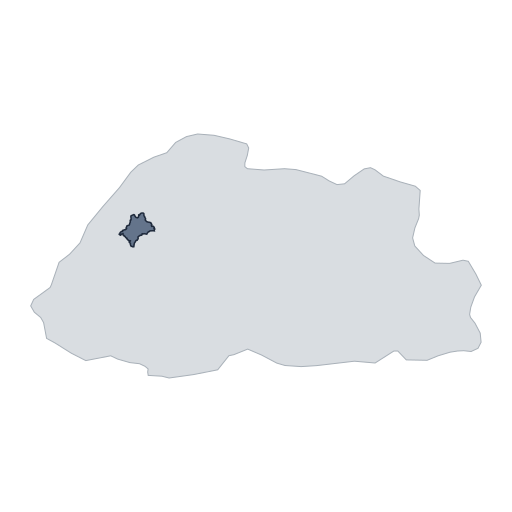 Naro, Thimphu, Bhutan shown in context
{"feature_id": "84629894B37103530921458", "entity_name": "Naro", "entity_type": "district", "adm_level": 2, "iso_a3": "BTN", "parent_name": "Bhutan", "parent_adm1": "Thimphu", "projection": "orthographic", "projection_center": [89.526, 27.679], "detail": "fine", "context": "in_parent", "style": "filled", "palette": "slate", "viewbox_px": 512, "rotation_deg": 0, "n_neighbors": 0, "source": "geoboundaries", "source_scale": "gbopen_adm2", "svg_char_len": 6167}
<svg xmlns="http://www.w3.org/2000/svg" viewBox="0 0 512 512"><path d="M419.3,215.2L418.6,218.7L414.9,227.9L412.6,237.9L414.8,246.0L423.5,255.5L435.1,263.1L449.6,263.4L463.0,260.2L468.3,261.3L475.9,274.1L481.3,285.2L474.5,296.9L470.8,307.1L469.6,314.4L470.5,317.5L475.0,323.2L480.2,333.1L481.1,342.2L478.0,348.3L471.1,351.5L463.7,350.7L457.6,351.0L450.0,352.2L438.1,355.8L427.1,360.3L406.3,359.9L397.8,351.0L393.9,351.0L375.1,363.0L354.4,361.2L316.8,365.6L301.1,366.6L285.0,365.5L276.8,363.1L261.5,355.0L247.7,349.1L233.8,354.7L228.9,355.7L217.7,369.8L193.4,374.6L169.1,378.0L161.9,376.2L148.2,375.4L147.7,372.1L148.1,368.9L145.0,366.3L139.5,363.7L129.9,362.6L117.7,359.1L110.7,355.8L85.8,360.6L71.3,353.2L54.9,342.9L46.6,338.4L43.6,322.6L40.7,317.5L34.3,312.2L30.7,305.9L33.7,299.4L50.1,287.5L51.4,284.7L59.1,262.3L69.6,254.2L80.0,242.9L87.8,224.9L102.9,206.5L119.5,187.6L130.8,172.2L138.3,165.0L153.8,157.2L166.8,152.7L175.7,142.4L186.5,136.6L197.6,134.0L214.1,135.3L229.6,138.9L246.7,143.9L248.7,148.0L247.3,155.4L244.9,162.8L244.8,166.6L247.4,168.7L264.1,170.0L284.5,168.7L296.0,169.6L321.6,176.2L329.1,180.9L337.0,184.6L344.6,183.8L354.1,175.8L364.2,168.9L370.5,167.7L375.0,169.8L383.3,176.1L400.2,181.9L415.3,186.2L420.2,190.5L418.9,209.0L419.3,215.2Z" fill="#d9dde1" stroke="#a8b0b8" stroke-width="1"/><path d="M133.7,246.8L133.7,246.7L133.8,246.5L133.8,246.4L133.9,246.1L134.0,246.0L134.0,245.8L134.0,245.5L133.9,245.3L133.9,245.1L134.0,244.9L134.1,244.6L134.1,244.3L134.2,244.1L134.3,243.9L134.3,243.5L134.5,242.8L134.9,242.5L135.0,242.2L135.4,241.7L135.6,241.3L135.7,241.0L135.8,240.8L136.1,240.5L136.5,240.4L136.8,240.3L137.0,240.3L137.2,240.2L137.1,239.9L137.4,239.6L137.7,239.3L137.9,239.2L138.0,239.0L138.1,238.8L138.1,238.6L138.1,238.3L138.2,238.1L138.0,237.6L138.0,237.4L138.0,237.1L138.0,236.9L138.3,236.7L138.5,236.5L138.6,236.4L139.0,236.2L139.3,235.9L139.4,235.7L139.6,235.6L140.0,235.6L140.2,235.3L140.3,235.2L140.9,235.3L141.1,235.3L141.5,235.2L141.8,235.1L141.9,234.9L142.0,234.7L142.0,234.3L142.0,234.1L142.1,233.9L142.2,233.7L142.3,233.7L142.6,233.8L142.8,233.8L143.1,233.9L143.4,233.9L143.6,233.9L143.8,233.8L143.9,233.7L144.1,233.7L144.3,233.7L144.5,233.8L144.8,233.7L145.0,233.8L145.3,233.8L145.6,234.0L146.0,234.0L146.4,234.1L146.6,234.0L146.8,234.1L147.0,233.6L147.2,233.4L147.3,233.1L147.6,232.8L147.9,232.4L148.0,232.2L148.4,231.8L148.5,231.9L148.8,231.8L149.2,231.6L149.4,231.5L149.6,231.3L149.8,231.0L149.9,230.9L150.0,230.9L150.5,230.8L150.8,230.8L151.0,230.9L151.3,230.8L151.7,230.8L151.9,230.8L152.4,230.8L152.6,230.7L153.0,230.7L153.4,230.7L153.7,230.8L154.0,230.9L154.3,230.9L154.2,230.6L154.2,230.2L154.3,230.1L154.4,229.6L154.6,229.4L154.8,229.2L154.8,228.9L154.6,228.7L154.3,228.6L154.0,228.5L154.0,228.4L154.0,228.1L154.2,227.8L154.3,227.7L154.2,227.4L153.9,226.9L153.7,226.8L153.6,226.7L153.4,226.5L153.2,226.4L153.1,226.2L152.8,226.1L152.6,226.2L152.4,226.3L152.0,226.4L151.8,226.4L151.7,226.4L151.6,226.1L151.5,225.8L151.4,225.2L151.6,225.0L151.6,224.9L151.8,224.6L151.7,224.5L151.6,224.4L151.6,224.1L151.4,223.7L151.3,223.4L151.2,223.2L150.9,223.2L150.7,223.1L150.7,222.8L150.6,222.6L150.2,222.5L149.9,222.4L149.1,222.2L148.6,222.2L148.3,222.2L147.9,222.0L147.7,221.9L147.3,221.9L147.0,221.8L146.8,221.7L146.6,221.5L146.2,221.2L145.7,220.5L145.4,220.2L145.2,219.9L145.4,219.6L145.5,219.1L145.6,218.9L145.5,218.6L145.4,218.3L145.1,217.8L144.9,217.5L144.6,217.2L144.5,216.6L144.6,216.4L144.3,216.2L144.2,216.0L144.0,215.8L143.9,215.6L143.9,215.4L143.9,214.7L143.9,214.4L143.9,214.0L143.8,213.5L143.3,213.1L142.3,213.0L141.5,213.1L140.7,213.4L140.2,213.8L140.2,214.0L140.1,214.3L139.9,214.5L139.8,214.8L139.6,215.0L139.4,215.2L139.2,215.1L138.9,214.9L138.7,214.9L138.7,215.0L138.7,215.3L138.7,215.5L138.7,215.8L138.6,216.0L138.5,216.5L138.4,217.2L138.1,217.4L137.9,217.6L137.6,217.8L137.4,217.8L137.3,217.7L137.1,217.6L136.9,217.6L136.6,217.6L136.4,217.6L136.1,217.4L135.9,217.3L135.8,217.2L135.6,217.1L135.4,216.7L135.3,216.4L134.9,216.1L134.7,215.9L134.7,215.7L134.7,215.4L134.6,215.1L134.3,214.8L134.0,214.7L133.9,214.6L133.7,214.6L133.6,214.8L133.4,214.8L133.2,214.9L132.7,215.0L132.0,215.4L131.6,215.5L131.4,215.7L131.0,215.9L130.9,216.0L130.9,216.8L130.9,217.2L130.9,217.4L131.0,217.6L131.1,217.9L131.1,218.0L131.1,218.4L131.1,218.6L131.0,218.9L131.0,219.1L130.9,219.4L130.9,219.5L131.0,219.5L131.1,219.8L130.9,219.9L130.6,220.0L130.3,220.2L130.3,220.4L130.2,220.5L130.3,220.9L130.3,221.1L130.2,221.3L130.2,221.5L130.3,221.8L130.3,222.0L130.2,222.3L130.1,222.6L129.9,222.9L129.7,223.3L129.7,223.5L129.6,223.9L129.6,224.2L129.3,225.0L128.9,225.2L128.1,225.4L127.4,225.7L127.0,225.9L126.8,226.0L126.8,226.4L126.6,226.7L126.6,226.9L126.5,227.1L126.2,227.5L126.2,227.8L126.2,228.1L126.3,228.3L126.5,228.4L126.6,228.6L126.5,228.8L126.4,228.9L126.0,229.1L125.9,229.1L125.7,229.4L125.5,229.6L125.4,229.6L125.2,229.7L124.8,229.7L124.7,229.7L124.2,229.9L123.7,230.1L123.2,230.2L123.2,230.3L122.9,230.3L122.7,230.4L122.6,230.5L122.6,230.9L122.6,231.0L122.5,231.5L122.3,231.5L122.0,231.4L121.8,231.4L121.3,231.6L120.9,231.9L120.5,232.2L120.4,232.3L120.1,232.6L120.0,233.0L120.0,233.3L119.9,233.7L119.7,233.8L119.2,234.1L119.2,234.4L119.7,234.7L119.9,234.8L120.3,235.2L120.7,235.2L121.0,234.6L121.5,234.1L122.0,234.0L122.4,233.9L123.0,233.7L123.0,234.0L123.0,234.3L123.0,234.5L123.1,235.0L123.3,235.2L123.6,235.3L124.0,235.5L124.1,235.9L124.2,236.1L124.5,236.0L124.8,236.2L125.1,236.5L125.4,237.0L125.5,237.3L126.2,237.8L126.3,237.9L126.4,238.1L126.5,238.2L126.8,238.2L127.0,238.3L127.0,238.7L126.9,238.8L127.0,238.9L127.2,239.1L127.4,239.4L127.7,239.7L127.8,239.8L128.0,239.8L128.2,240.0L128.3,240.3L128.5,240.5L128.9,240.6L129.3,240.7L129.5,240.7L129.7,240.8L129.9,240.8L130.1,240.7L130.3,240.7L130.4,240.8L130.2,241.1L130.1,241.3L129.9,241.4L129.8,241.5L129.7,241.5L129.3,241.7L129.2,241.8L129.2,242.2L129.5,242.6L129.9,242.9L130.4,243.2L130.5,243.4L130.4,243.7L130.3,244.1L130.5,244.8L130.6,245.2L130.7,245.5L130.9,245.8L131.1,246.1L131.2,246.3L131.5,246.2L131.8,246.2L132.1,246.5L132.4,246.7L132.7,246.8L132.8,246.8L133.0,246.8L133.3,246.8L133.6,246.8L133.7,246.8Z" fill="#64748b" stroke="#1e293b" stroke-width="1.5"/></svg>